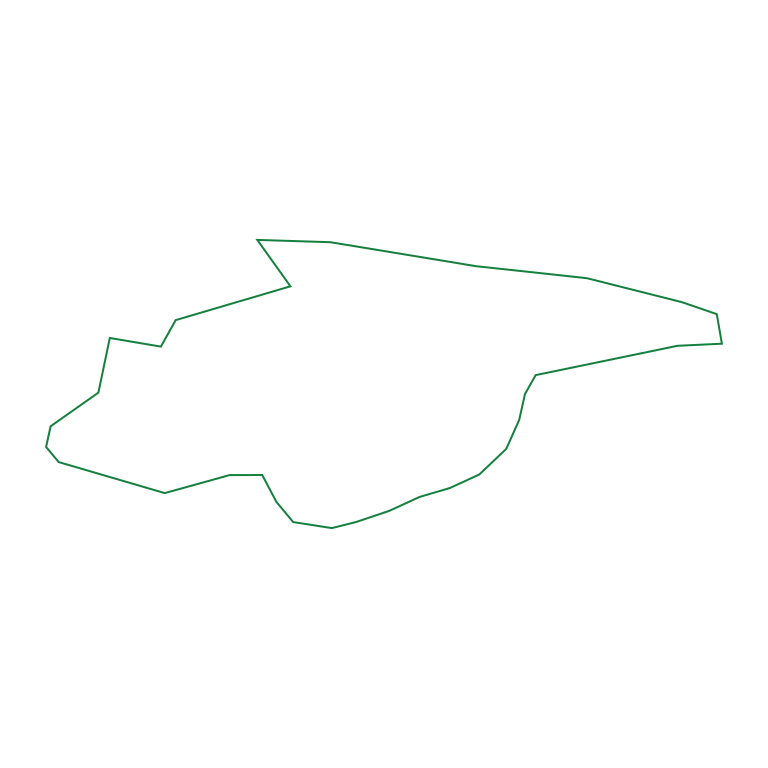 SVG path tracing the border of Thurrock
{"feature_id": "GBR-2676", "entity_name": "Thurrock", "entity_type": "Unitary Authority", "adm_level": 1, "iso_a3": "GBR", "parent_name": "United Kingdom", "parent_adm1": "", "projection": "equal_earth", "projection_center": [0.371, 51.502], "detail": "fine", "context": "isolated", "style": "outline", "palette": "green", "viewbox_px": 768, "rotation_deg": 0, "n_neighbors": 0, "source": "natural_earth", "source_scale": "10m", "svg_char_len": 518}
<svg xmlns="http://www.w3.org/2000/svg" viewBox="0 0 768 768"><path d="M721.9,343.7L677.4,345.8L535.7,375.1L525.0,394.0L519.2,419.9L506.3,448.8L479.3,474.5L449.9,488.0L419.4,497.0L389.4,510.8L356.1,522.0L331.8,528.1L293.2,522.1L276.4,501.9L262.2,475.0L229.5,475.1L164.7,493.1L58.7,462.1L46.1,447.0L50.6,426.3L62.5,417.9L98.4,392.6L109.8,338.0L160.9,346.6L175.7,320.1L290.4,286.3L257.3,239.9L330.3,242.2L476.0,266.2L586.9,278.2L682.0,302.2L716.8,314.2L721.9,343.7Z" fill="none" stroke="#15803d" stroke-width="2"/></svg>